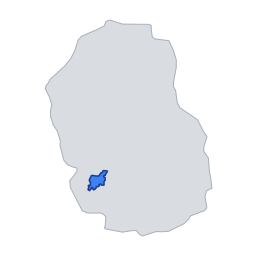 North Macedonia, with Želino highlighted, rotated 267°
{"feature_id": "MKD-2918", "entity_name": "Želino", "entity_type": "Statistical Region", "adm_level": 1, "iso_a3": "MKD", "parent_name": "North Macedonia", "parent_adm1": "", "projection": "natural_earth1", "projection_center": [21.115, 41.912], "detail": "fine", "context": "in_parent", "style": "filled", "palette": "blue", "viewbox_px": 256, "rotation_deg": 267, "n_neighbors": 0, "source": "natural_earth", "source_scale": "10m", "svg_char_len": 2061}
<svg xmlns="http://www.w3.org/2000/svg" viewBox="0 0 256 256"><g transform="rotate(267 128 128)"><path d="M114.0,59.2L118.7,59.8L128.9,57.1L135.3,53.3L138.5,52.7L142.9,51.3L149.1,51.5L155.4,53.1L163.4,51.0L171.3,47.4L174.4,48.3L177.8,51.3L180.1,52.1L193.2,68.0L200.4,74.5L208.9,79.3L218.6,82.9L222.0,86.3L228.3,103.2L231.3,109.7L235.4,111.6L236.4,113.4L236.6,115.9L232.1,127.8L230.4,154.4L229.2,156.5L224.4,156.4L218.0,157.0L215.6,159.1L213.1,173.4L202.8,177.5L193.4,179.8L185.5,179.3L171.6,175.9L167.1,175.5L163.2,177.5L150.8,178.5L145.4,181.0L132.7,197.8L119.7,203.6L115.3,206.5L105.4,202.8L100.7,202.4L93.8,206.7L78.8,207.1L74.8,207.9L63.2,208.6L62.7,206.2L60.6,202.9L55.2,201.3L44.2,202.6L41.5,200.2L37.0,185.9L33.4,183.6L29.5,178.8L22.8,163.4L22.6,156.6L23.1,150.7L19.4,136.8L21.7,133.3L25.2,131.1L25.2,125.5L24.3,117.0L28.4,100.3L29.5,99.1L30.5,99.9L40.4,101.3L43.0,99.1L44.6,95.9L45.1,83.7L47.5,78.1L71.4,67.4L78.4,67.0L83.8,71.9L88.0,75.0L90.6,74.9L91.5,71.8L94.4,65.7L99.3,62.2L113.8,59.2L114.0,59.2Z" fill="#d9dde1" stroke="#a8b0b8" stroke-width="1"/><path d="M72.0,96.2L71.2,95.8L71.0,94.3L71.0,93.3L70.5,93.1L69.8,93.0L68.8,92.1L68.3,91.2L68.0,90.7L68.6,89.9L69.4,89.6L70.0,89.5L70.3,89.4L70.4,88.6L70.1,88.4L69.2,88.1L68.8,87.5L68.6,87.0L67.9,86.8L67.5,86.5L67.5,86.2L68.0,85.5L68.4,85.0L69.0,84.9L69.3,85.2L70.8,85.6L71.7,85.6L72.3,85.3L72.8,85.6L72.8,86.3L72.3,86.8L72.5,87.2L73.5,87.5L75.2,87.6L75.8,87.6L76.2,87.0L76.7,86.8L77.5,86.8L78.0,86.7L78.0,86.8L78.9,87.0L79.9,87.5L81.0,88.2L82.2,88.8L82.5,89.3L82.4,90.6L82.1,91.9L81.8,93.5L81.6,95.3L81.6,96.3L82.2,97.0L82.8,97.0L83.9,98.3L84.3,98.5L84.7,98.7L84.7,99.3L85.3,100.1L86.3,100.7L86.7,101.0L86.7,102.0L86.5,103.7L86.0,105.1L85.5,104.9L84.7,104.5L83.7,103.7L82.7,103.0L81.9,102.8L81.9,101.8L81.4,101.2L80.8,101.2L80.2,101.4L80.0,102.0L79.8,102.5L79.2,102.5L78.1,102.5L77.1,102.5L76.6,102.0L75.5,101.2L74.5,101.2L73.2,101.1L72.3,101.0L72.2,100.0L72.3,99.0L72.5,98.2L73.3,98.0L73.5,97.5L73.5,97.2L73.1,96.2L72.6,96.2L72.0,96.2Z" fill="#3b82f6" stroke="#1e3a8a" stroke-width="1.5"/></g></svg>